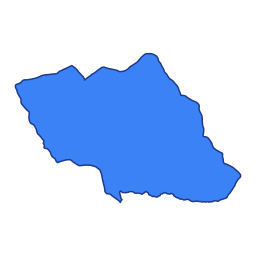 outline of Uesu, Ha, Bhutan
{"feature_id": "84629894B5196630315403", "entity_name": "Uesu", "entity_type": "district", "adm_level": 2, "iso_a3": "BTN", "parent_name": "Bhutan", "parent_adm1": "Ha", "projection": "mercator", "projection_center": [89.324, 27.345], "detail": "fine", "context": "isolated", "style": "filled", "palette": "blue", "viewbox_px": 256, "rotation_deg": 0, "n_neighbors": 0, "source": "geoboundaries", "source_scale": "gbopen_adm2", "svg_char_len": 4793}
<svg xmlns="http://www.w3.org/2000/svg" viewBox="0 0 256 256"><path d="M15.9,84.7L15.6,85.2L15.4,86.3L15.4,87.0L15.9,88.2L16.5,89.5L17.1,91.2L17.5,92.9L18.4,94.7L19.2,96.0L20.4,97.9L20.9,99.2L21.1,100.2L21.0,101.8L21.2,102.9L21.5,103.7L22.2,104.6L24.7,107.6L26.3,109.4L27.5,110.6L28.6,111.3L29.0,111.8L29.2,112.8L29.2,114.2L28.9,116.7L29.0,118.6L29.3,120.1L29.7,121.4L30.2,122.5L30.9,123.4L31.4,123.7L32.9,124.3L33.8,124.9L34.4,125.7L35.0,126.7L35.5,127.8L36.2,129.0L36.6,130.6L36.9,131.9L37.4,133.2L37.9,134.1L38.9,134.9L40.4,136.4L41.7,138.1L42.7,139.5L43.5,140.3L44.0,141.5L43.5,142.3L43.3,143.2L43.7,144.1L44.4,145.2L44.4,145.9L44.0,147.3L44.3,148.0L45.2,148.3L46.8,148.6L47.9,149.2L48.5,149.7L49.0,150.5L49.5,151.1L49.9,151.6L50.4,152.5L50.8,153.8L51.2,154.9L52.1,156.5L52.5,156.9L53.2,157.5L54.1,158.1L54.8,158.6L55.3,159.3L55.8,160.1L55.9,160.7L56.3,161.4L56.8,162.0L57.6,162.6L61.4,161.2L66.6,159.8L69.9,159.7L70.6,159.9L73.5,162.2L77.4,164.8L79.3,165.7L85.4,165.1L90.5,165.2L95.8,166.8L99.9,169.9L101.5,174.0L102.7,180.4L104.4,187.1L105.0,191.6L106.6,193.6L110.2,194.1L111.7,195.5L119.1,200.9L120.2,202.3L120.8,201.8L120.8,200.9L122.0,199.7L121.4,198.8L120.8,198.2L120.7,197.3L120.6,196.2L120.1,195.3L120.0,193.9L119.7,192.7L119.7,192.1L119.9,191.5L120.9,191.1L121.6,191.8L122.3,192.4L123.3,192.6L124.4,192.6L125.3,192.7L126.6,192.5L128.3,192.3L129.9,191.5L131.6,191.7L133.1,191.8L134.3,192.9L135.3,193.1L136.3,193.3L137.8,193.0L139.6,193.4L140.6,193.6L142.0,194.2L142.7,193.8L143.7,193.1L144.2,192.7L144.8,192.5L145.6,191.5L146.2,191.7L147.1,192.1L148.0,192.6L148.7,194.4L149.2,194.8L150.2,195.3L151.2,195.7L152.1,196.2L152.9,196.6L154.3,196.3L155.1,196.7L156.1,197.0L156.9,197.0L157.7,196.9L158.6,196.0L159.9,195.7L160.2,195.0L160.9,194.1L161.6,193.9L162.3,193.9L163.3,193.0L165.4,192.9L166.2,192.9L167.1,193.7L168.3,193.8L169.8,194.1L171.0,193.4L172.2,193.8L173.4,194.4L174.0,195.9L176.5,197.5L177.3,197.7L178.4,198.0L179.1,198.5L179.6,198.9L180.7,199.1L181.8,199.1L183.8,199.9L185.9,199.7L186.9,199.2L189.2,199.8L190.6,200.9L192.6,201.6L194.1,201.3L194.9,201.4L196.0,201.3L197.1,201.0L198.6,201.5L199.9,201.5L200.8,201.6L202.1,202.0L202.9,201.8L203.7,201.7L204.6,201.9L206.3,201.9L207.8,201.7L208.9,202.1L209.7,201.9L210.9,201.8L212.2,201.7L214.2,200.9L215.9,200.8L218.0,201.3L218.5,201.0L220.1,200.0L221.2,199.6L223.6,198.9L225.7,198.2L226.3,197.9L227.0,197.3L227.3,196.6L227.7,195.8L228.0,195.1L228.6,194.3L229.7,193.3L230.2,192.7L230.9,191.5L232.3,189.6L232.9,188.5L233.3,187.7L234.1,186.7L234.5,186.2L234.9,185.4L235.2,184.3L235.5,183.6L236.0,182.7L236.8,181.3L238.0,179.4L239.2,178.3L240.2,177.3L240.6,176.4L240.6,175.3L240.4,174.7L240.1,174.2L238.9,172.7L237.9,171.7L233.5,167.9L232.4,167.1L226.8,164.2L225.5,163.9L224.5,163.6L224.0,163.2L223.6,162.4L223.4,161.9L223.3,161.3L223.2,159.6L223.1,158.6L222.5,156.9L222.6,153.8L222.2,153.1L219.9,152.1L216.0,149.8L213.9,148.2L213.5,147.6L212.9,146.7L212.5,145.8L212.2,145.0L212.0,143.8L211.4,142.5L210.7,141.6L210.2,140.8L209.3,139.4L208.3,138.2L207.3,137.4L206.2,136.9L205.3,136.8L203.9,136.6L203.1,136.0L203.0,135.0L203.3,133.9L203.6,132.3L203.7,131.3L203.7,128.7L203.5,127.8L203.2,127.1L202.7,125.7L202.5,124.4L202.4,123.2L202.3,121.5L202.3,119.9L202.3,119.1L202.1,118.0L202.1,117.4L202.0,116.8L201.9,115.8L201.3,114.4L200.1,112.1L199.4,110.5L199.2,109.6L199.1,108.5L199.2,105.7L198.9,104.8L198.6,104.3L198.0,103.6L197.6,103.2L196.7,102.5L196.0,102.1L194.7,101.5L191.7,100.2L188.8,98.5L187.5,97.6L186.6,96.9L186.0,96.3L185.4,96.0L184.4,95.7L183.7,95.5L181.8,95.4L180.9,95.3L180.2,93.2L179.7,91.8L179.2,90.9L178.8,89.5L178.6,88.9L178.2,88.0L177.8,87.0L177.0,85.7L175.5,84.1L174.9,83.4L174.2,82.4L173.2,81.2L170.4,79.1L169.4,78.4L168.7,77.5L167.2,75.2L166.7,74.2L166.2,73.6L164.9,72.5L164.4,71.6L164.2,71.0L163.8,69.8L163.3,68.7L162.7,67.7L162.2,66.9L161.7,65.9L161.3,65.1L160.9,64.1L160.4,63.1L159.2,61.8L158.7,61.0L158.4,60.3L158.2,59.7L158.1,58.9L157.9,58.1L157.1,56.9L156.5,56.1L155.4,55.4L153.5,54.4L151.8,53.8L150.3,53.7L148.3,53.7L146.2,53.7L144.7,54.4L143.5,55.4L141.5,57.1L139.6,59.4L137.1,62.2L133.5,64.6L130.1,66.7L128.0,68.9L125.9,70.4L122.9,71.3L120.0,71.7L118.4,71.1L117.1,70.4L112.9,69.4L108.5,68.5L106.1,67.8L104.2,67.2L103.6,67.1L101.9,67.4L99.4,69.2L97.2,70.6L96.3,71.6L94.3,73.0L92.1,74.1L90.6,75.6L87.4,77.8L84.7,79.9L84.2,78.6L83.2,76.6L82.3,76.0L80.7,74.2L78.5,71.8L76.2,68.9L75.7,68.4L73.2,66.6L71.9,65.6L69.9,66.5L66.6,68.1L63.5,69.5L60.6,70.9L59.7,71.2L59.2,71.6L58.2,72.5L57.5,73.2L56.6,73.6L55.7,73.8L53.6,74.0L52.1,74.1L50.6,74.3L48.4,74.6L45.6,74.8L43.4,75.2L42.1,75.5L41.2,75.9L38.9,76.9L37.1,77.7L34.6,78.4L31.5,79.1L29.1,79.5L26.9,79.8L25.2,79.8L24.0,80.0L22.8,80.4L21.6,81.7L20.7,82.5L20.0,83.1L18.5,83.7L17.2,84.2L16.5,84.4L15.9,84.7Z" fill="#3b82f6" stroke="#1e3a8a" stroke-width="1.5"/></svg>